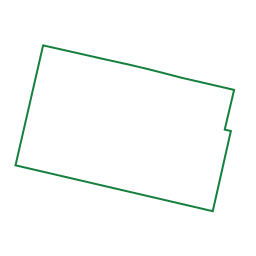 Bennett, South Dakota, United States of America, rotated 193°
{"feature_id": "52423323B93882616989582", "entity_name": "Bennett", "entity_type": "district", "adm_level": 2, "iso_a3": "USA", "parent_name": "United States of America", "parent_adm1": "South Dakota", "projection": "mercator", "projection_center": [-101.7, 43.193], "detail": "fine", "context": "isolated", "style": "outline", "palette": "green", "viewbox_px": 256, "rotation_deg": 193, "n_neighbors": 0, "source": "geoboundaries", "source_scale": "gbopen_adm2", "svg_char_len": 313}
<svg xmlns="http://www.w3.org/2000/svg" viewBox="0 0 256 256"><g transform="rotate(193 128 128)"><path d="M26.7,66.0L27.1,148.2L33.4,148.2L33.2,189.0L86.6,189.0L117.9,189.8L138.1,190.0L166.8,189.7L228.8,189.4L229.0,189.5L229.3,189.4L229.2,66.3L26.7,66.0Z" fill="none" stroke="#15803d" stroke-width="2"/></g></svg>